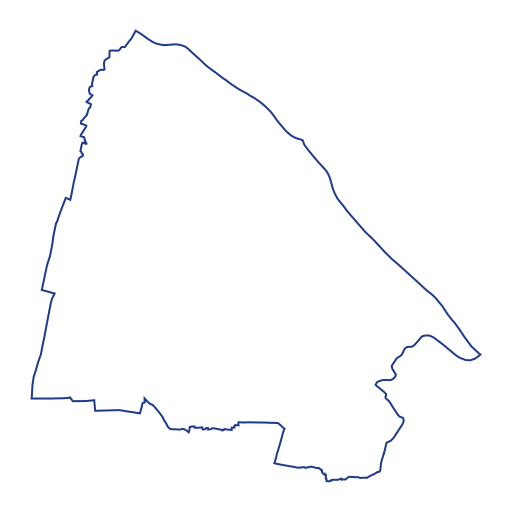 the district of Ke Sach, Sóc Trăng, Vietnam
{"feature_id": "81297802B85563269288439", "entity_name": "Ke Sach", "entity_type": "district", "adm_level": 2, "iso_a3": "VNM", "parent_name": "Vietnam", "parent_adm1": "Sóc Trăng", "projection": "orthographic", "projection_center": [105.945, 9.824], "detail": "fine", "context": "isolated", "style": "outline", "palette": "blue", "viewbox_px": 512, "rotation_deg": 0, "n_neighbors": 0, "source": "geoboundaries", "source_scale": "gbopen_adm2", "svg_char_len": 5872}
<svg xmlns="http://www.w3.org/2000/svg" viewBox="0 0 512 512"><path d="M302.5,140.0L295.8,138.1L291.4,135.7L286.8,131.8L284.2,129.0L278.5,122.3L275.7,118.5L272.6,114.1L270.2,111.2L268.8,109.9L265.6,106.6L262.8,104.2L260.3,102.2L256.9,99.7L252.8,97.1L249.4,95.3L247.7,94.0L239.1,89.4L231.0,84.0L225.1,79.5L222.9,78.2L215.7,72.6L211.6,69.7L206.5,65.8L203.7,63.3L203.0,62.4L192.8,53.2L189.6,50.2L187.7,48.5L185.4,46.7L180.7,45.0L176.8,44.4L173.5,44.4L166.6,45.0L163.2,45.1L160.2,44.5L156.0,43.5L152.9,42.1L148.3,39.2L141.1,34.0L135.7,30.7L131.3,38.7L128.7,41.8L124.9,47.0L124.2,47.1L123.0,46.9L122.6,46.9L121.7,47.1L121.3,47.4L120.9,47.8L119.7,49.6L119.4,50.0L118.7,50.4L118.3,50.6L117.2,50.7L112.7,50.5L110.6,50.7L110.0,50.6L109.5,51.0L109.5,55.5L109.4,57.3L104.7,60.3L103.9,63.5L104.5,69.4L103.5,69.9L103.1,70.0L102.3,69.8L101.2,69.8L100.2,70.0L98.4,71.1L96.8,72.1L97.2,74.5L95.3,74.9L94.7,75.3L93.3,77.4L92.7,80.9L92.1,82.9L92.0,83.7L92.3,86.1L92.0,86.3L90.9,86.5L90.5,86.6L90.0,87.0L89.6,87.5L89.1,89.1L89.0,90.3L89.6,93.3L89.8,93.6L90.2,94.1L92.4,95.3L91.2,97.1L90.9,97.4L89.8,98.3L88.1,100.5L86.6,101.5L86.5,101.8L86.6,102.0L90.5,103.9L90.9,104.1L91.0,104.5L90.7,105.4L90.4,106.9L90.1,107.4L89.3,107.9L88.6,109.5L88.4,109.6L87.5,112.8L86.7,115.3L86.0,115.9L83.3,119.0L82.8,119.9L81.9,120.7L81.2,121.0L81.0,122.3L80.9,123.6L85.8,125.3L86.4,125.9L86.1,126.7L81.8,133.4L80.8,135.1L80.5,136.1L82.4,136.8L83.2,137.0L83.9,137.0L84.7,138.7L84.8,140.8L85.1,141.4L85.4,141.7L85.5,141.6L85.8,142.4L86.1,142.8L86.4,143.3L86.4,143.8L86.2,143.9L85.8,143.8L82.5,142.7L82.2,143.4L81.8,144.4L80.4,151.2L81.0,151.5L81.4,152.1L81.7,153.1L82.1,153.6L82.8,154.1L83.0,154.6L82.8,155.1L82.6,156.1L82.1,156.4L81.3,156.6L80.9,156.8L78.9,158.5L78.4,160.8L75.4,175.3L74.0,181.5L73.8,182.0L71.3,195.3L70.3,199.8L65.8,197.9L65.0,199.9L60.1,212.6L58.1,218.5L57.9,218.9L57.9,219.3L57.8,219.5L57.7,219.8L57.6,220.0L56.8,222.3L56.1,223.1L55.9,224.0L53.1,237.4L53.1,238.7L51.9,246.5L50.1,255.4L50.0,256.2L48.3,261.2L47.2,264.8L46.6,267.2L41.8,290.0L54.6,293.5L52.1,298.6L51.1,301.8L48.7,313.9L46.4,326.1L44.2,337.8L42.3,346.7L41.2,352.8L40.7,355.1L40.2,356.2L38.2,361.9L35.9,370.0L34.4,374.8L33.8,376.1L32.4,385.8L31.8,396.7L31.6,398.5L52.8,398.5L54.6,398.4L62.5,398.3L66.2,398.1L68.7,397.9L69.6,397.4L69.9,397.3L72.8,401.2L77.6,401.1L82.8,401.1L87.7,400.9L94.2,400.2L95.2,410.8L118.8,410.1L121.4,410.4L124.0,410.9L135.2,412.6L139.9,413.4L141.7,406.9L142.6,403.0L144.8,402.5L144.6,401.1L144.6,398.5L148.1,402.2L149.3,403.3L151.0,404.3L152.2,404.7L152.8,405.1L154.8,407.1L155.9,408.5L158.8,412.0L162.3,416.6L162.7,417.2L163.2,418.5L164.2,420.5L165.7,422.7L166.8,424.7L167.6,426.4L169.0,428.0L169.8,428.7L170.8,429.1L178.6,429.5L180.1,429.5L182.5,428.9L183.1,429.0L183.9,429.2L184.8,429.5L185.7,430.0L186.9,430.8L188.7,432.3L189.4,430.4L189.7,426.9L192.6,426.5L194.5,426.4L194.8,427.8L198.7,427.7L202.2,427.4L202.7,429.5L205.1,429.2L206.0,428.2L207.9,428.0L208.1,429.5L208.8,429.4L209.8,429.4L210.6,429.2L211.3,428.9L212.2,428.2L215.2,428.5L216.4,428.8L218.8,429.2L220.8,429.7L222.4,429.9L222.4,430.4L223.1,430.3L223.6,430.1L224.2,429.6L224.4,429.0L228.2,429.7L230.0,429.7L231.6,430.1L231.7,429.1L231.8,427.6L232.9,427.7L234.3,427.6L234.4,425.9L235.0,425.8L235.2,425.1L236.7,425.1L238.5,425.3L238.2,423.5L238.7,422.2L243.3,422.5L248.9,422.3L253.2,422.4L267.0,422.6L268.9,422.8L272.8,422.8L278.1,423.1L281.6,426.1L282.9,427.5L284.6,428.8L283.6,430.8L283.2,432.1L280.6,441.7L279.0,447.3L276.9,454.0L275.9,458.2L274.4,463.2L276.7,463.8L283.3,465.1L286.4,465.6L290.1,466.3L293.8,466.9L297.4,467.6L299.0,467.7L300.8,467.5L302.3,467.4L303.2,467.2L303.8,467.1L304.4,467.2L304.7,467.5L305.2,467.8L305.7,467.8L306.3,467.7L306.8,467.4L308.9,467.2L310.8,466.6L312.7,467.0L313.7,467.3L315.3,467.6L316.7,468.1L317.9,468.1L318.3,467.9L318.7,467.9L319.4,468.5L319.9,468.8L320.2,469.3L320.7,469.6L321.3,469.6L321.5,469.6L322.0,470.6L321.6,470.7L321.9,471.4L322.3,472.7L322.7,473.4L323.5,473.6L324.4,473.6L324.5,474.7L325.8,474.7L325.8,478.6L326.4,478.7L326.6,481.1L329.3,481.3L329.9,480.9L331.2,480.8L331.4,479.9L334.1,479.8L337.8,479.8L341.4,478.6L341.7,479.7L342.1,479.5L342.4,479.4L344.5,479.5L345.6,479.4L347.9,477.4L349.3,476.8L352.6,477.0L353.7,476.9L355.6,477.3L356.1,477.3L357.0,477.1L357.9,477.1L358.2,477.2L359.5,477.8L359.9,477.9L364.9,477.7L367.0,477.8L370.5,475.7L373.7,474.3L375.9,473.1L377.4,472.0L379.1,471.9L379.9,471.2L380.2,470.3L380.4,469.0L381.2,462.2L382.2,459.1L383.9,453.0L384.1,453.2L386.5,442.8L386.6,442.6L390.6,440.9L393.5,438.0L402.2,424.7L403.2,422.5L403.6,421.1L403.5,419.0L403.1,418.2L402.6,417.7L399.5,416.6L398.1,415.1L393.3,407.9L389.3,401.4L386.3,398.8L385.9,398.4L385.5,397.6L385.4,397.4L385.4,397.1L386.3,394.6L386.2,394.3L385.8,393.7L384.0,391.9L375.6,385.0L376.1,383.8L376.8,382.4L377.1,382.1L379.3,381.1L380.7,380.6L382.6,380.2L383.9,380.0L385.0,380.0L389.8,380.1L391.3,379.8L392.6,379.2L394.3,377.8L395.0,376.8L395.5,376.0L395.8,374.9L395.8,374.5L392.4,369.0L391.8,366.7L391.7,366.1L392.6,364.5L394.7,361.4L396.3,358.8L397.8,357.5L400.5,355.9L401.4,355.1L402.4,353.6L403.1,352.2L404.0,350.0L404.7,348.9L405.7,347.9L406.4,347.3L408.2,346.8L410.9,346.9L412.5,346.4L413.6,345.7L414.5,344.9L416.5,342.8L421.2,337.2L422.2,336.3L424.6,335.6L427.9,335.4L430.1,335.8L433.5,337.4L434.9,338.4L443.2,344.7L455.7,355.1L459.6,357.7L465.5,360.0L469.7,360.3L471.2,360.0L474.9,358.7L477.5,356.9L480.4,354.6L479.9,354.3L471.3,346.3L464.8,337.5L460.5,331.0L454.5,322.6L451.9,319.8L447.6,314.2L442.1,305.9L436.6,299.2L434.3,296.7L432.0,294.5L426.8,290.5L416.7,281.2L406.8,272.2L398.9,265.0L392.2,259.3L385.7,253.0L378.9,245.6L372.5,238.8L365.5,232.2L350.0,214.4L346.6,210.3L343.0,205.4L339.6,201.3L337.6,198.8L334.7,193.4L332.6,188.0L331.3,182.9L329.9,178.1L328.0,173.7L325.9,170.4L317.4,161.1L311.4,153.9L307.6,149.2L304.3,144.7L302.5,140.0Z" fill="none" stroke="#1e3a8a" stroke-width="2"/></svg>